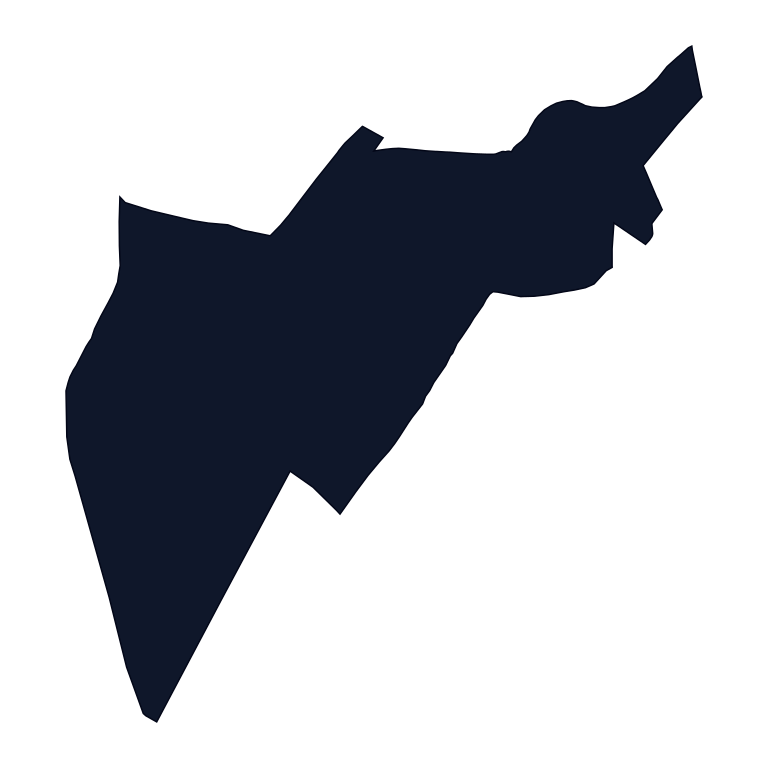 outline of San Lorenzo Axocomanitla, Tlaxcala, Mexico
{"feature_id": "50627088B69259006758588", "entity_name": "San Lorenzo Axocomanitla", "entity_type": "district", "adm_level": 2, "iso_a3": "MEX", "parent_name": "Mexico", "parent_adm1": "Tlaxcala", "projection": "albers", "projection_center": [-98.255, 19.215], "detail": "fine", "context": "isolated", "style": "filled", "palette": "ink", "viewbox_px": 768, "rotation_deg": 0, "n_neighbors": 0, "source": "geoboundaries", "source_scale": "gbopen_adm2", "svg_char_len": 2441}
<svg xmlns="http://www.w3.org/2000/svg" viewBox="0 0 768 768"><path d="M69.9,459.3L75.1,476.0L109.2,597.4L126.6,667.1L143.3,713.5L145.9,715.8L156.7,721.9L221.0,600.4L290.1,471.1L313.0,487.2L336.6,510.4L340.0,514.1L356.0,491.5L368.0,475.4L379.0,462.2L389.2,450.8L392.3,446.7L394.6,443.7L399.5,436.5L408.1,423.1L412.2,417.2L422.6,403.9L425.5,396.3L429.7,390.5L433.8,382.5L445.6,365.5L450.3,355.8L452.6,353.3L456.9,343.6L461.7,336.9L469.7,325.0L473.7,318.3L482.9,305.3L486.1,299.2L489.6,294.3L492.9,291.7L497.7,292.1L505.5,293.6L509.6,294.4L520.7,296.6L522.8,296.5L527.5,296.4L534.4,296.2L538.0,295.8L548.8,294.6L564.0,291.7L574.1,290.1L585.4,287.7L592.6,284.6L594.1,283.9L606.2,270.7L612.2,267.3L612.1,265.7L612.1,261.2L612.1,248.8L613.9,222.9L615.1,223.8L618.6,226.1L645.5,244.4L649.6,239.9L651.9,236.5L652.5,234.8L652.7,233.5L651.9,224.4L652.1,223.2L662.2,209.8L661.1,207.3L659.6,203.8L659.4,203.3L657.9,199.7L656.6,197.3L651.6,185.5L646.9,174.3L643.1,165.6L663.9,140.2L673.1,129.1L673.9,128.1L677.6,123.6L699.5,99.5L702.0,96.9L701.5,95.6L700.9,92.3L699.7,86.8L695.8,67.2L692.4,50.5L691.8,46.1L688.4,47.8L684.0,51.7L681.0,54.4L677.6,57.2L667.2,66.5L657.6,78.6L644.8,90.8L636.8,95.6L632.8,97.8L628.7,99.8L623.6,102.1L614.9,105.8L611.4,106.6L604.9,107.6L599.1,107.6L591.9,107.1L585.3,105.7L582.6,104.3L580.0,103.2L577.0,101.8L573.8,101.0L571.5,100.6L567.2,100.8L562.8,101.5L556.4,103.2L550.9,105.9L544.5,109.8L538.6,115.5L535.4,119.6L530.4,128.5L529.9,129.7L529.1,132.0L526.9,135.5L524.8,137.9L521.7,141.3L516.8,145.0L513.9,147.8L511.4,151.8L509.0,151.2L507.1,151.3L505.7,151.8L505.0,151.7L503.5,151.5L502.0,151.6L495.7,154.0L493.6,154.3L488.0,154.3L484.0,154.2L481.6,154.1L475.4,153.9L459.4,152.9L450.2,152.2L445.1,152.0L437.1,151.5L436.0,151.5L425.5,150.8L416.3,149.8L404.4,148.7L398.8,148.3L392.4,148.6L385.7,149.3L379.0,150.2L375.0,150.8L373.8,151.0L374.5,150.0L383.1,137.8L363.1,126.7L362.4,126.4L352.1,136.4L345.1,143.0L342.9,145.6L339.1,150.3L337.5,152.7L324.8,168.6L316.6,178.8L304.5,194.7L290.4,213.3L289.4,214.7L285.6,219.2L280.7,225.1L270.6,235.4L270.2,235.8L243.2,230.3L227.8,224.8L208.3,223.1L193.2,220.7L182.0,218.1L151.2,210.8L125.2,202.6L119.9,197.0L119.2,221.6L119.4,245.9L120.2,265.6L118.8,273.8L117.6,282.2L113.1,293.3L108.1,302.9L101.0,315.9L94.6,328.9L91.5,338.5L89.0,342.0L86.1,346.6L76.3,365.7L73.3,370.3L70.0,376.9L68.2,382.4L66.0,390.8L66.8,436.8L69.9,459.3Z" fill="#0f172a" stroke="#020617" stroke-width="1.5"/></svg>